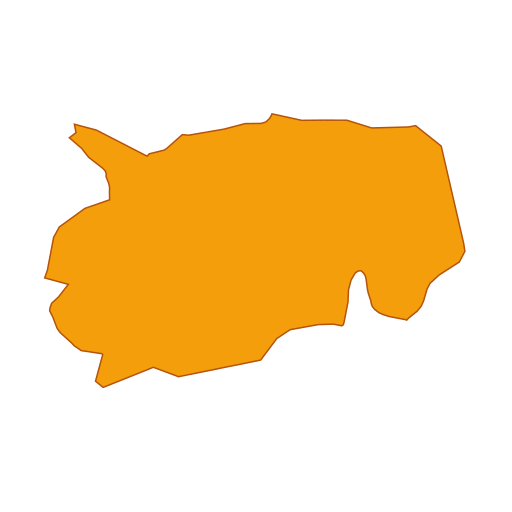 SVG path tracing the border of Tashigang, rotated 8°
{"feature_id": "BTN-2493", "entity_name": "Tashigang", "entity_type": "District", "adm_level": 1, "iso_a3": "BTN", "parent_name": "Bhutan", "parent_adm1": "", "projection": "albers", "projection_center": [91.704, 27.241], "detail": "fine", "context": "isolated", "style": "filled", "palette": "amber", "viewbox_px": 512, "rotation_deg": 8, "n_neighbors": 0, "source": "natural_earth", "source_scale": "10m", "svg_char_len": 1318}
<svg xmlns="http://www.w3.org/2000/svg" viewBox="0 0 512 512"><g transform="rotate(8 256 256)"><path d="M252.0,113.0L282.4,115.3L303.7,112.1L327.1,108.9L352.7,113.1L389.1,107.0L395.9,104.7L424.1,121.4L459.9,214.6L462.2,222.3L458.2,233.6L440.1,249.2L432.1,258.9L430.0,264.9L428.2,277.3L426.5,282.9L423.3,288.2L415.7,296.3L414.2,298.5L412.6,298.2L396.3,297.4L390.9,296.5L385.7,295.1L381.0,292.4L378.3,289.9L376.8,287.2L375.9,284.3L372.6,277.7L371.1,273.9L368.2,263.4L366.9,260.3L364.9,257.9L362.1,256.0L359.3,256.6L356.6,259.0L353.5,266.6L352.3,276.6L353.5,288.7L352.4,309.7L351.9,312.1L350.5,313.2L342.1,312.7L327.1,315.3L300.1,324.2L288.1,334.8L275.1,358.4L196.1,386.3L169.8,380.5L123.1,407.3L122.7,407.3L114.5,402.3L117.9,375.0L117.0,374.2L96.1,374.0L88.3,370.1L85.7,367.9L73.3,359.5L71.5,357.9L69.0,355.1L63.5,345.1L59.3,339.0L59.2,336.0L60.2,331.3L66.1,324.0L74.1,310.2L49.8,307.1L51.4,299.1L53.0,265.7L57.2,254.6L80.0,232.6L103.2,220.7L101.9,212.6L101.7,210.1L101.3,207.9L100.1,204.7L96.5,198.3L96.3,195.7L95.0,192.9L92.1,190.5L76.6,181.6L68.5,173.8L54.7,164.9L60.6,158.9L57.8,150.8L80.3,153.5L134.2,172.3L136.1,169.6L150.2,164.0L152.8,161.7L166.1,146.1L172.6,145.7L206.7,134.8L226.8,126.4L242.6,124.0L247.1,121.9L250.3,117.9L251.8,114.2L252.0,113.0Z" fill="#f59e0b" stroke="#b45309" stroke-width="1.5"/></g></svg>